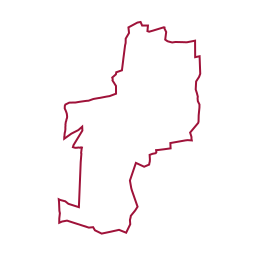 the district of Mayapán, Yucatán, Mexico, rotated 173°
{"feature_id": "50627088B30378888459240", "entity_name": "Mayapán", "entity_type": "district", "adm_level": 2, "iso_a3": "MEX", "parent_name": "Mexico", "parent_adm1": "Yucatán", "projection": "natural_earth1", "projection_center": [-89.174, 20.492], "detail": "fine", "context": "isolated", "style": "outline", "palette": "rose", "viewbox_px": 256, "rotation_deg": 173, "n_neighbors": 0, "source": "geoboundaries", "source_scale": "gbopen_adm2", "svg_char_len": 2286}
<svg xmlns="http://www.w3.org/2000/svg" viewBox="0 0 256 256"><g transform="rotate(173 128 128)"><path d="M179.0,33.9L174.7,33.8L173.3,30.5L167.0,26.4L157.5,27.2L149.3,28.0L142.6,24.3L137.5,32.2L137.3,36.4L136.2,39.3L135.9,40.5L130.9,45.3L128.1,48.7L131.7,65.4L131.8,66.0L132.1,67.9L132.2,69.9L132.5,75.6L124.4,92.4L116.7,87.6L111.5,89.1L111.1,90.4L110.5,92.0L110.1,94.1L109.8,98.7L106.8,99.4L103.6,99.6L102.8,100.5L102.8,102.6L100.5,102.5L99.4,102.5L98.3,102.5L96.1,102.5L94.6,102.5L88.2,102.6L87.8,107.9L72.5,108.7L70.3,108.7L66.2,107.9L66.3,109.7L66.1,111.3L66.3,112.6L66.9,115.9L57.7,124.5L57.2,125.8L56.3,132.0L54.6,139.6L54.2,142.6L55.4,146.1L55.4,146.7L55.3,149.1L54.9,150.6L55.4,154.4L56.1,158.0L54.7,165.9L51.2,170.1L49.7,173.0L48.2,190.5L52.7,190.1L50.8,206.5L59.2,205.9L63.0,206.5L70.5,207.6L73.7,207.5L77.8,209.1L78.8,209.8L80.3,211.2L78.4,218.6L79.7,222.4L79.5,223.3L80.1,223.6L91.4,221.6L95.3,221.0L96.9,221.8L95.7,227.3L101.5,228.0L102.6,231.7L105.8,231.5L115.3,227.8L115.4,222.2L119.4,217.0L119.9,213.2L120.1,212.3L120.8,210.5L123.2,201.1L124.1,197.6L124.8,194.7L127.0,186.0L127.6,185.9L129.8,185.4L132.5,184.8L132.8,184.8L133.5,182.7L137.5,180.0L137.2,178.4L137.6,177.1L134.8,171.2L135.7,163.5L142.4,161.9L145.3,161.8L152.5,161.3L153.5,161.3L157.4,161.1L158.9,161.0L163.8,159.9L165.8,160.0L167.9,160.0L172.8,159.9L175.0,159.8L176.9,159.7L182.8,160.3L183.3,160.3L187.3,158.9L187.8,158.0L188.0,157.7L188.1,157.1L188.4,155.3L188.4,155.1L188.2,154.4L187.8,153.2L187.6,152.4L187.3,151.2L187.0,149.6L187.0,149.1L187.0,147.0L187.1,146.3L187.4,145.2L187.9,144.3L188.3,143.1L188.6,142.3L189.0,141.6L189.1,141.2L189.3,140.4L189.5,139.7L189.7,138.9L189.7,138.2L190.0,136.8L190.2,135.5L190.2,134.8L190.5,133.6L190.6,133.1L190.9,132.0L191.3,131.1L191.6,130.0L191.8,129.2L191.9,128.4L192.3,127.1L192.6,125.1L184.9,129.3L177.5,132.0L173.3,134.9L173.6,131.0L184.2,117.6L185.0,115.7L184.5,115.5L183.7,115.1L182.4,114.7L181.8,114.7L180.9,114.6L180.0,114.7L179.1,114.6L178.6,114.4L178.1,114.3L177.0,114.5L176.1,114.2L176.6,112.9L177.6,108.8L177.4,108.2L179.1,99.9L186.4,55.4L196.4,60.0L199.2,62.9L202.5,64.2L204.0,64.8L204.5,65.1L205.4,65.7L205.5,62.6L206.2,54.1L206.0,51.7L207.2,46.7L207.8,42.3L204.8,43.2L199.8,43.5L179.0,33.9Z" fill="none" stroke="#9f1239" stroke-width="2"/></g></svg>